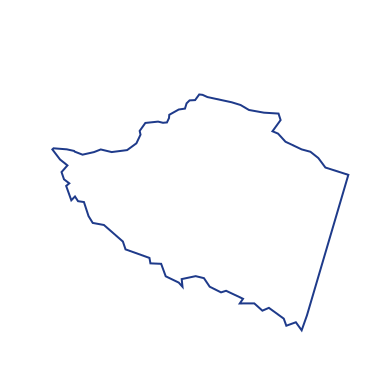 Dixie, Florida, United States of America, rotated 107°
{"feature_id": "52423323B96529923169881", "entity_name": "Dixie", "entity_type": "district", "adm_level": 2, "iso_a3": "USA", "parent_name": "United States of America", "parent_adm1": "Florida", "projection": "equal_earth", "projection_center": [-83.166, 29.557], "detail": "fine", "context": "isolated", "style": "outline", "palette": "blue", "viewbox_px": 384, "rotation_deg": 107, "n_neighbors": 0, "source": "geoboundaries", "source_scale": "gbopen_adm2", "svg_char_len": 1091}
<svg xmlns="http://www.w3.org/2000/svg" viewBox="0 0 384 384"><g transform="rotate(107 192 192)"><path d="M91.7,132.2L95.1,146.4L96.9,161.5L94.6,171.0L94.6,180.4L96.7,205.0L96.0,210.3L96.6,213.6L103.2,215.9L105.1,221.1L108.8,223.1L114.3,223.1L117.0,228.8L124.8,236.3L128.0,235.6L132.8,236.3L134.3,240.0L134.6,245.0L139.6,256.8L148.9,259.9L152.2,258.0L161.7,259.4L170.9,266.3L177.3,280.5L178.0,291.7L182.5,297.4L188.3,307.6L187.7,316.0L187.2,316.7L187.8,324.2L190.7,337.2L192.1,338.0L199.5,327.7L203.0,318.9L211.1,322.6L217.3,318.1L219.6,311.9L223.0,314.1L235.2,305.0L230.5,302.6L234.1,298.3L233.2,292.4L245.3,283.9L250.6,277.9L249.3,266.6L259.6,243.6L266.3,238.8L267.5,213.4L272.4,210.9L269.7,200.5L280.3,192.5L282.5,178.2L285.4,173.4L278.3,176.4L271.4,163.9L270.9,155.4L277.4,147.4L279.5,134.9L276.5,130.5L279.2,112.0L284.6,113.7L280.3,99.9L284.9,90.0L280.3,84.6L286.3,67.2L292.3,62.7L286.2,54.6L292.2,46.7L276.4,46.0L129.9,47.5L129.6,71.6L122.6,81.1L118.9,90.5L119.2,99.6L116.6,117.3L111.0,126.8L110.4,132.8L97.3,128.3L91.7,132.2Z" fill="none" stroke="#1e3a8a" stroke-width="2"/></g></svg>